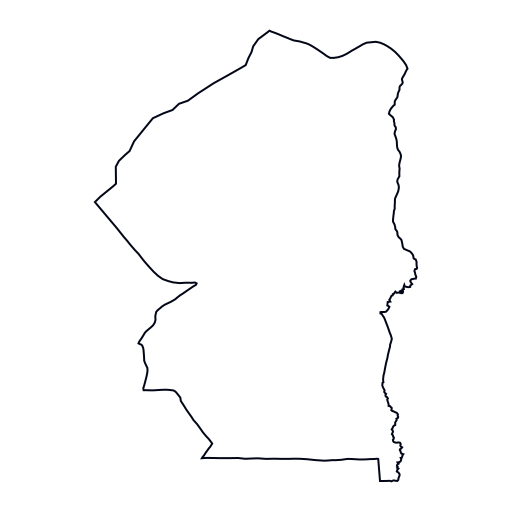 the district of Angkor Thum, Siemréab, Cambodia
{"feature_id": "14789045B45657319092410", "entity_name": "Angkor Thum", "entity_type": "district", "adm_level": 2, "iso_a3": "KHM", "parent_name": "Cambodia", "parent_adm1": "Siemréab", "projection": "mercator", "projection_center": [103.881, 13.579], "detail": "fine", "context": "isolated", "style": "outline", "palette": "ink", "viewbox_px": 512, "rotation_deg": 0, "n_neighbors": 0, "source": "geoboundaries", "source_scale": "gbopen_adm2", "svg_char_len": 5934}
<svg xmlns="http://www.w3.org/2000/svg" viewBox="0 0 512 512"><path d="M94.9,202.1L116.9,228.2L123.8,236.9L127.5,241.2L129.4,243.6L131.3,245.9L135.1,250.3L138.4,253.7L140.6,256.6L143.3,260.1L146.0,263.3L149.6,267.4L153.9,272.0L158.0,275.8L162.7,279.1L168.3,281.1L173.2,282.4L179.6,283.1L186.2,282.7L191.8,282.8L194.9,282.5L196.6,283.4L195.9,284.9L193.1,286.5L190.2,288.5L188.0,290.0L185.1,292.0L182.8,293.6L180.1,295.3L176.9,297.8L175.3,299.2L173.0,300.6L170.5,302.0L168.1,303.1L164.8,304.7L162.0,306.5L160.2,308.1L157.8,310.1L156.2,311.9L155.3,316.0L155.5,319.9L154.7,322.8L153.0,325.4L150.5,327.7L148.8,329.1L146.2,331.3L144.8,332.9L143.4,335.3L141.6,338.2L139.3,341.5L138.5,343.4L139.9,344.1L141.4,344.7L142.3,345.7L143.1,347.8L143.5,349.7L143.6,351.2L143.8,353.4L144.1,357.8L144.2,360.7L145.2,363.4L146.2,365.5L147.4,368.0L147.5,370.3L147.3,372.6L146.7,375.7L146.1,378.2L145.1,382.0L144.2,385.4L143.3,388.2L143.6,390.2L146.3,390.2L150.0,390.3L153.9,390.3L160.6,389.9L165.5,389.7L169.1,389.9L171.4,390.2L173.3,390.4L174.9,391.2L176.1,392.3L178.0,394.6L180.3,397.6L180.8,400.8L181.6,402.2L182.9,404.1L184.6,406.8L186.3,409.6L188.7,413.0L191.2,416.5L193.5,420.1L197.0,424.0L199.9,428.0L202.9,432.3L205.6,435.6L208.6,438.8L211.1,442.0L212.2,443.6L211.6,444.6L210.9,445.7L210.2,446.8L208.8,448.4L207.4,450.4L205.7,452.7L204.1,455.3L202.7,456.9L201.9,458.2L206.2,457.9L213.3,458.0L218.4,458.1L223.3,458.1L231.4,458.1L238.0,458.0L245.3,458.8L251.7,458.5L257.9,458.3L266.1,458.9L274.2,458.7L282.1,458.9L287.6,458.9L294.8,458.7L300.2,458.8L306.9,459.2L315.4,460.1L324.4,460.7L329.4,460.4L332.6,460.1L335.3,460.2L341.3,459.8L347.5,458.9L351.7,459.0L359.9,459.5L365.5,459.4L370.1,459.1L374.4,459.0L377.0,458.7L378.2,459.0L378.3,460.0L380.0,481.0L382.3,481.0L384.1,481.0L385.5,480.9L386.6,481.0L387.8,480.9L389.6,480.8L391.5,481.3L392.6,480.7L394.1,480.4L395.5,480.8L397.4,480.9L398.2,480.0L398.6,477.9L399.1,476.6L399.6,475.4L399.5,474.0L398.4,472.5L396.8,471.5L397.3,469.8L398.4,468.6L397.1,467.8L397.7,466.8L396.9,465.9L397.3,464.5L398.6,463.7L397.6,462.4L398.9,462.2L399.9,461.9L400.9,460.8L401.2,459.2L400.7,457.9L401.7,457.8L402.2,456.7L402.5,455.3L403.3,454.2L401.3,453.5L400.7,452.3L400.6,451.2L399.8,450.2L400.0,449.2L401.0,448.7L402.1,447.3L400.8,446.5L400.3,445.5L400.7,444.0L400.1,442.8L398.6,442.4L397.4,442.6L396.0,442.7L393.9,442.1L393.2,441.2L392.9,439.8L393.6,439.0L393.9,437.5L393.2,436.8L392.8,435.2L391.9,434.2L392.5,432.8L393.0,431.7L392.6,430.4L391.7,429.4L392.5,428.2L393.1,426.8L393.7,425.8L395.2,425.1L395.2,424.0L395.2,422.4L395.9,421.3L396.7,420.0L396.4,418.7L398.0,417.8L398.2,416.9L397.6,415.5L397.9,414.3L396.7,412.8L395.1,412.2L393.5,411.3L392.5,411.1L391.3,410.2L391.7,409.0L391.6,407.7L390.7,407.1L390.2,406.2L388.6,405.9L388.6,404.2L387.2,399.7L387.9,398.4L387.1,397.2L385.8,396.5L385.4,395.1L386.1,393.9L385.1,393.1L384.2,391.9L384.6,390.4L383.6,388.5L382.7,386.7L382.3,385.3L382.5,382.8L383.4,382.3L383.2,381.2L383.1,379.2L383.5,375.6L384.4,371.9L385.1,367.9L386.2,362.5L387.4,358.0L387.9,355.0L389.2,349.6L390.0,346.8L390.1,344.7L390.7,343.0L391.4,340.7L391.8,338.7L390.7,334.9L389.8,332.9L388.7,329.6L387.3,325.7L386.1,322.7L385.0,319.7L384.0,317.4L382.7,315.6L381.8,314.0L380.4,313.4L380.5,312.1L381.6,312.0L384.5,312.0L386.0,311.7L388.2,309.3L389.4,306.8L388.7,306.2L387.3,305.5L387.5,304.0L387.7,302.0L390.3,301.6L389.3,299.8L390.1,298.7L390.8,297.2L391.3,296.0L392.7,295.3L392.8,294.1L394.1,293.6L394.5,292.7L395.4,291.6L396.6,292.8L398.3,292.6L400.2,292.8L399.9,291.3L400.9,290.8L401.2,293.1L402.5,293.1L403.1,291.8L402.6,289.3L403.9,289.0L403.5,287.3L404.3,285.0L404.8,286.5L408.2,287.2L410.2,286.9L410.3,285.5L412.2,284.1L411.3,283.0L410.4,281.5L410.3,280.6L411.5,279.2L412.5,279.1L414.6,278.6L415.8,278.6L416.3,276.8L415.4,274.7L415.0,272.7L414.4,270.9L415.1,269.1L416.6,268.9L417.1,268.0L416.7,266.3L416.5,263.8L416.6,262.1L415.8,259.6L413.7,258.5L413.4,256.8L413.0,255.1L411.4,252.8L410.0,251.5L408.5,250.8L406.5,250.0L403.9,248.8L402.7,246.6L402.4,244.2L401.9,241.9L401.5,240.1L400.5,238.8L398.7,237.2L397.5,235.0L397.3,232.2L396.7,230.8L395.9,229.9L395.4,229.1L395.2,227.3L394.6,224.7L393.8,223.1L393.1,221.8L393.0,220.1L393.1,219.0L393.4,216.0L393.8,213.0L393.9,211.1L394.7,208.8L394.7,206.7L394.7,204.9L394.9,202.8L394.9,199.7L395.2,198.1L396.4,195.5L397.1,193.9L398.0,191.8L398.5,190.0L398.9,187.3L398.5,184.9L397.2,181.7L397.6,179.4L398.5,177.8L399.4,176.2L399.3,174.5L399.3,173.0L399.4,170.9L399.5,169.9L399.6,168.7L399.4,167.4L399.1,165.7L399.4,163.4L400.3,159.8L400.8,157.9L401.0,155.5L400.4,153.6L399.5,151.7L398.3,150.2L397.5,148.6L397.0,146.0L396.9,143.5L396.8,141.6L396.4,139.3L395.8,137.4L395.0,135.2L394.5,133.7L395.1,131.0L395.9,129.4L395.8,127.3L394.8,126.0L394.4,124.8L394.5,123.7L394.2,122.3L393.9,121.3L394.0,119.6L393.5,118.6L392.8,117.2L391.5,116.1L390.6,115.4L388.9,113.8L389.4,111.7L390.2,109.9L391.3,108.2L393.3,105.8L394.7,104.7L394.7,103.4L394.8,101.4L395.5,99.9L396.4,98.7L397.4,97.1L397.6,95.8L397.9,93.5L398.6,91.7L399.5,89.8L399.5,87.4L399.9,86.1L400.7,85.4L402.4,83.6L402.7,82.2L402.3,80.8L401.9,79.4L402.2,78.3L402.8,77.1L403.9,75.4L404.9,73.6L405.6,71.9L406.8,69.6L407.5,68.7L406.1,65.1L403.4,61.1L400.5,57.7L398.6,55.5L395.2,52.0L391.2,48.7L387.7,46.4L384.2,44.4L380.1,42.7L375.8,41.8L370.6,42.3L366.6,42.7L362.7,44.4L359.9,46.1L355.9,48.4L351.8,50.7L346.6,53.9L342.4,55.9L338.3,57.2L333.7,57.9L330.2,57.9L326.7,56.0L323.3,53.5L319.8,51.1L316.4,48.8L312.4,46.3L309.4,44.6L306.5,43.4L303.6,42.6L299.9,41.5L296.6,40.9L294.0,40.5L290.2,39.1L288.1,38.2L285.1,37.0L282.6,36.0L277.9,34.0L274.5,32.7L271.1,31.5L269.5,30.7L267.2,32.5L258.3,39.1L253.2,46.3L251.5,52.1L248.5,57.9L245.7,65.1L240.1,68.4L227.2,75.7L213.7,83.2L198.1,93.3L187.9,100.7L179.0,103.8L172.5,110.0L163.7,113.2L152.9,118.2L144.8,128.1L134.1,141.3L129.6,151.0L124.9,155.1L118.9,160.9L115.8,166.7L116.0,183.7L112.9,186.5L100.2,196.8L94.9,202.1Z" fill="none" stroke="#020617" stroke-width="2"/></svg>